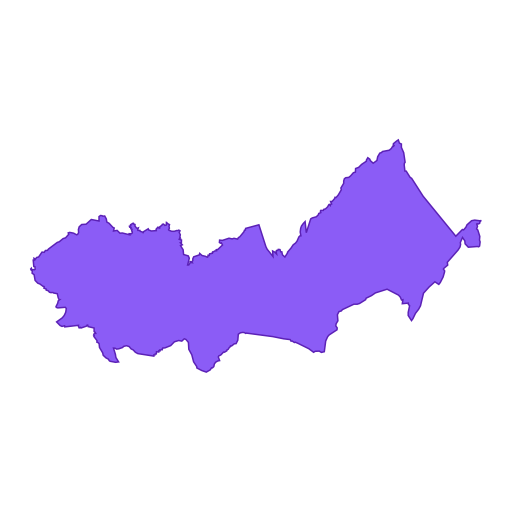 Ajalpan, Puebla, Mexico
{"feature_id": "50627088B30367983369088", "entity_name": "Ajalpan", "entity_type": "district", "adm_level": 2, "iso_a3": "MEX", "parent_name": "Mexico", "parent_adm1": "Puebla", "projection": "albers", "projection_center": [-97.164, 18.435], "detail": "fine", "context": "isolated", "style": "filled", "palette": "violet", "viewbox_px": 512, "rotation_deg": 0, "n_neighbors": 0, "source": "geoboundaries", "source_scale": "gbopen_adm2", "svg_char_len": 6034}
<svg xmlns="http://www.w3.org/2000/svg" viewBox="0 0 512 512"><path d="M401.4,144.0L399.4,143.1L398.3,139.9L396.5,141.1L393.4,143.7L393.3,144.6L394.1,145.6L393.3,146.5L392.7,146.2L391.4,148.4L389.3,150.2L382.5,151.5L381.4,152.6L379.8,153.1L377.7,156.7L376.9,160.5L373.2,163.2L370.4,160.7L369.8,159.2L367.8,157.7L366.4,160.1L366.4,161.2L361.6,164.4L358.6,167.4L355.6,168.5L355.4,172.1L353.4,172.7L350.5,176.0L348.7,177.4L345.8,177.7L344.4,178.7L343.7,181.0L343.7,183.3L340.9,188.0L341.3,189.8L338.1,195.2L336.1,197.5L335.0,197.3L334.7,198.5L332.1,201.5L330.6,201.5L331.6,204.0L330.5,204.4L330.3,205.5L329.2,204.4L328.9,204.6L327.5,207.0L325.5,208.9L323.7,209.4L323.4,210.4L320.8,210.4L320.4,211.1L320.8,212.6L318.7,213.5L318.4,214.7L316.3,216.8L312.3,217.9L310.7,218.9L306.3,232.7L305.1,221.6L303.3,223.5L301.5,226.0L300.7,228.2L300.2,232.0L300.9,235.8L299.9,235.9L298.9,236.9L297.0,241.2L295.5,243.1L293.2,244.8L291.0,248.1L287.5,252.2L287.6,252.8L284.9,257.0L282.5,254.9L281.8,251.8L280.6,251.8L280.0,249.6L279.0,249.4L278.2,249.4L277.8,250.5L276.5,250.5L276.1,251.4L276.6,254.0L274.7,252.1L272.6,251.0L273.0,256.5L267.2,249.3L265.9,246.7L258.9,224.8L245.6,228.4L245.4,230.0L244.5,230.2L243.9,231.8L239.8,236.8L238.4,237.6L237.6,239.1L234.0,238.3L232.1,238.9L229.0,238.2L222.4,240.4L219.6,240.1L219.4,242.5L220.5,243.2L221.4,242.9L222.5,245.0L217.9,249.4L216.3,249.7L216.6,250.7L214.7,251.0L213.0,252.1L212.1,251.6L212.4,251.9L212.4,253.3L209.6,253.8L209.2,255.4L208.1,255.2L207.8,256.9L207.3,257.2L205.4,256.3L202.0,255.5L199.7,253.4L199.3,254.9L193.7,256.8L192.8,258.8L192.8,260.6L191.8,261.9L192.3,262.7L191.4,262.6L190.8,261.6L190.2,261.6L189.9,263.4L188.7,265.0L187.6,265.0L189.3,258.2L188.3,255.9L183.6,254.5L183.1,249.7L180.5,245.6L182.3,244.8L180.4,242.8L181.4,242.6L181.5,240.0L179.2,239.3L179.7,238.2L180.4,238.1L179.9,237.0L180.3,234.7L179.2,232.5L180.0,230.8L178.8,230.1L178.1,230.6L176.8,230.5L174.3,231.3L171.7,231.3L169.1,230.3L168.6,229.8L169.4,228.2L169.0,226.3L169.5,224.6L167.4,223.5L166.7,222.5L166.4,222.4L166.3,225.0L164.8,225.4L163.6,224.1L162.4,224.3L161.8,225.3L159.4,227.1L159.8,227.9L159.2,228.2L157.9,227.2L156.1,229.2L156.3,230.6L151.3,231.0L148.6,229.9L148.2,228.8L143.5,231.7L143.1,233.2L142.9,232.2L140.2,231.3L139.9,230.4L137.9,230.4L137.7,229.7L138.3,227.9L137.3,228.3L136.5,228.0L135.0,226.1L135.0,224.5L134.0,224.3L133.5,223.3L132.9,223.3L130.6,224.7L130.8,225.6L129.4,226.2L129.7,227.2L131.0,227.5L130.8,228.8L132.0,229.3L131.6,230.9L132.2,231.5L132.3,232.8L131.5,233.7L129.4,233.7L130.0,234.8L129.6,234.8L122.4,233.0L120.0,233.2L117.1,230.4L113.5,231.0L114.2,228.0L112.8,227.3L109.1,223.3L106.8,222.0L106.3,218.9L104.7,216.0L102.8,216.2L102.1,215.7L100.5,215.5L99.0,216.6L99.0,221.0L91.3,219.5L86.1,224.2L81.7,224.5L79.2,226.8L78.4,229.5L78.6,232.7L77.6,234.4L76.6,234.8L73.7,233.2L70.9,232.6L69.6,232.4L68.2,232.9L68.7,234.3L65.6,237.8L63.1,238.6L59.2,241.8L57.3,242.4L48.5,249.0L47.4,250.4L45.4,250.5L44.2,252.3L42.0,252.1L38.6,257.0L36.6,257.5L35.0,259.7L34.7,258.7L34.0,258.3L34.1,260.0L33.2,260.1L33.8,266.5L34.9,266.7L35.2,269.2L34.6,269.7L32.6,269.6L31.5,269.3L31.3,268.3L30.7,269.0L31.0,269.9L32.3,271.0L32.1,273.2L34.1,274.7L35.1,280.4L37.8,283.2L39.9,284.0L43.0,286.3L44.0,286.5L44.3,286.9L43.9,288.1L46.2,289.1L46.2,290.1L48.3,290.8L49.4,292.2L50.7,292.6L53.0,292.5L53.6,293.0L57.3,293.7L58.2,297.7L59.1,299.7L59.6,299.7L58.2,300.9L57.7,303.2L56.0,306.6L56.3,307.4L57.8,307.9L65.3,307.3L66.3,308.5L65.7,312.3L64.2,315.5L62.2,317.9L56.6,321.9L60.1,325.5L62.0,326.4L64.6,325.8L64.8,326.9L78.5,325.3L78.4,326.3L79.2,327.9L80.6,327.4L81.0,328.0L86.3,326.2L87.0,325.2L87.7,325.1L88.1,326.6L94.1,328.0L94.1,331.5L95.2,332.3L95.7,333.4L94.3,333.5L93.6,335.1L94.2,335.6L93.9,336.5L97.0,340.6L96.9,342.2L98.2,342.7L99.1,343.7L99.5,347.5L102.7,352.9L103.2,355.3L106.0,357.9L108.2,359.0L109.4,360.8L110.2,361.3L115.6,362.3L118.6,361.9L115.9,357.5L115.4,354.3L113.5,348.1L115.1,348.2L116.6,349.1L118.8,348.8L122.6,347.5L123.6,346.4L126.5,345.7L129.2,346.6L131.1,348.9L133.2,349.9L135.3,352.2L137.8,353.6L153.8,356.1L153.8,355.0L154.9,355.0L155.2,354.0L156.3,353.9L156.5,351.7L158.7,352.0L158.7,350.9L159.8,351.0L159.7,350.0L160.7,350.1L161.5,349.4L162.2,349.7L162.8,348.0L164.9,347.9L170.7,345.6L174.4,341.8L178.7,340.5L181.8,341.1L184.3,338.8L186.0,339.5L188.4,342.4L188.8,349.3L191.8,354.8L193.6,361.8L196.7,366.5L196.9,368.0L201.7,370.5L206.3,372.1L210.2,369.9L211.5,367.9L212.4,367.9L213.8,366.6L214.4,363.9L215.7,362.2L217.7,361.0L219.6,360.6L218.3,356.9L218.7,356.0L220.9,354.9L223.5,352.1L224.5,352.2L226.8,350.8L227.0,349.9L228.2,349.3L229.3,347.5L230.7,346.4L230.6,345.9L231.8,345.8L234.3,343.8L236.1,343.6L237.8,340.2L238.3,334.2L240.4,332.8L242.8,332.4L244.4,332.6L245.7,333.4L246.4,333.1L272.8,336.6L283.7,338.8L290.2,339.6L291.0,341.1L292.3,341.1L294.4,342.5L295.3,342.2L298.1,343.4L308.8,348.7L313.6,352.3L315.2,351.3L319.2,351.1L321.4,352.4L324.3,351.7L325.7,341.0L327.7,336.6L329.2,334.9L337.0,329.8L337.2,327.9L335.8,325.9L336.1,323.8L337.9,320.8L337.4,314.7L339.0,311.6L341.4,310.9L342.4,309.6L353.9,304.2L357.2,304.2L359.5,303.5L365.6,299.7L366.1,298.2L371.5,295.6L375.4,292.9L387.1,289.2L398.5,295.1L400.3,297.1L401.5,300.0L402.9,299.7L402.3,303.7L408.3,303.1L408.4,304.4L409.6,305.7L408.2,312.4L408.2,315.5L411.5,320.6L412.9,318.7L415.5,313.3L418.6,309.3L420.5,305.8L423.5,293.2L429.2,286.9L434.9,281.8L438.8,284.4L440.3,282.5L443.1,277.0L444.6,271.8L444.6,270.7L443.4,269.1L443.7,268.5L447.7,265.1L447.3,262.3L458.1,250.0L460.0,247.0L460.6,244.4L460.3,242.6L462.5,237.5L464.8,240.8L465.1,243.8L468.3,247.2L477.3,246.5L478.7,246.8L479.6,246.0L480.1,241.9L479.5,240.0L479.8,236.4L477.8,230.0L476.6,228.9L477.5,226.3L476.7,224.1L477.1,223.7L478.2,224.0L479.6,223.4L480.0,221.7L481.3,220.4L480.2,220.8L474.7,220.1L471.6,220.7L467.0,224.8L465.9,227.2L463.6,229.9L462.4,229.5L455.8,236.2L423.1,196.2L411.7,178.4L410.0,177.2L406.2,171.1L404.9,171.0L404.2,165.0L404.4,163.2L405.1,162.3L403.7,152.7L401.4,147.4L401.4,144.0Z" fill="#8b5cf6" stroke="#5b21b6" stroke-width="1.5"/></svg>